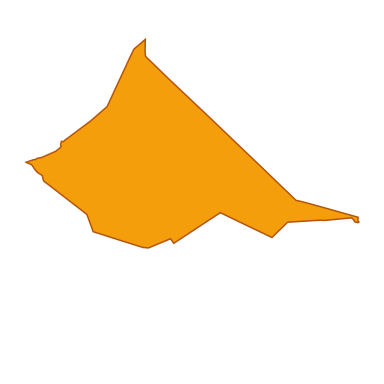 outline of Rotonak Mondol, Batdâmbâng, Cambodia, rotated 134°
{"feature_id": "14789045B15195219920111", "entity_name": "Rotonak Mondol", "entity_type": "district", "adm_level": 2, "iso_a3": "KHM", "parent_name": "Cambodia", "parent_adm1": "Batdâmbâng", "projection": "equal_earth", "projection_center": [102.87, 12.919], "detail": "fine", "context": "isolated", "style": "filled", "palette": "amber", "viewbox_px": 384, "rotation_deg": 134, "n_neighbors": 0, "source": "geoboundaries", "source_scale": "gbopen_adm2", "svg_char_len": 1478}
<svg xmlns="http://www.w3.org/2000/svg" viewBox="0 0 384 384"><g transform="rotate(134 192 192)"><path d="M169.2,102.9L168.7,102.9L147.3,102.2L127.8,84.4L122.9,79.9L120.7,77.2L100.5,59.9L100.1,59.9L99.8,59.4L99.8,58.9L99.8,57.9L99.6,57.4L99.7,57.0L99.8,56.3L99.9,55.7L100.0,55.2L100.2,54.8L100.4,54.2L100.3,53.7L100.0,53.4L99.6,52.9L99.4,52.2L99.2,51.8L98.9,51.6L98.3,51.1L97.8,51.0L97.5,51.4L97.5,52.0L97.4,52.4L97.2,52.8L96.9,53.2L96.7,53.4L96.4,53.7L96.1,53.9L95.8,54.2L95.5,54.5L95.2,54.9L94.8,55.0L117.9,97.8L123.1,107.1L125.7,111.4L125.8,130.0L125.8,157.8L126.0,189.3L126.1,212.3L126.2,232.8L126.8,286.7L126.7,319.7L122.8,324.1L121.1,325.6L114.6,331.6L129.5,333.0L137.0,330.6L173.4,318.0L189.5,312.4L190.8,312.5L211.3,314.3L237.3,318.5L243.0,319.4L245.0,319.5L246.3,321.1L249.1,319.5L250.0,318.0L251.5,317.5L257.3,318.3L271.9,324.3L275.0,326.6L277.6,327.3L278.4,328.2L285.8,332.0L285.6,331.2L285.5,330.7L285.3,330.1L285.0,329.5L284.7,329.0L284.4,328.0L284.0,327.2L283.8,326.5L283.9,325.9L284.0,325.2L284.3,323.4L284.7,322.1L284.9,320.7L285.1,319.8L285.2,318.9L285.2,318.4L285.3,317.9L285.3,317.3L285.2,316.3L284.9,314.5L284.6,313.3L284.3,312.0L284.2,310.9L284.6,310.5L285.3,309.4L286.2,308.1L287.0,306.6L287.1,304.6L286.7,302.8L281.2,252.6L281.6,251.1L289.2,235.5L286.8,230.7L277.0,210.8L265.9,188.6L262.4,184.4L254.7,181.1L247.1,177.8L240.5,175.0L241.6,169.5L187.2,157.3L178.3,130.2L169.4,103.5L169.2,102.9Z" fill="#f59e0b" stroke="#b45309" stroke-width="1.5"/></g></svg>